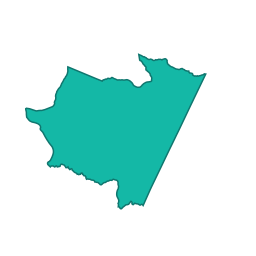 the district of São Geraldo do Araguaia, Pará, Brazil, rotated 160°
{"feature_id": "56859067B69966397982838", "entity_name": "São Geraldo do Araguaia", "entity_type": "district", "adm_level": 2, "iso_a3": "BRA", "parent_name": "Brazil", "parent_adm1": "Pará", "projection": "robinson", "projection_center": [-48.713, -6.168], "detail": "fine", "context": "isolated", "style": "filled", "palette": "teal", "viewbox_px": 256, "rotation_deg": 160, "n_neighbors": 0, "source": "geoboundaries", "source_scale": "gbopen_adm2", "svg_char_len": 4356}
<svg xmlns="http://www.w3.org/2000/svg" viewBox="0 0 256 256"><g transform="rotate(160 128 128)"><path d="M164.1,57.3L163.5,57.2L162.7,54.8L162.1,54.4L161.4,54.5L159.9,55.3L158.0,55.9L156.4,56.5L154.9,56.2L153.5,56.1L152.3,56.9L151.5,57.4L150.5,58.1L149.9,57.7L149.7,56.5L150.2,55.5L149.9,54.6L149.2,54.2L148.5,54.5L147.4,55.0L146.3,54.1L145.4,53.6L144.7,53.3L144.1,52.6L143.1,51.4L142.1,51.5L141.2,51.6L140.6,51.1L140.3,50.0L128.3,62.4L126.2,64.5L113.5,76.9L110.4,79.9L103.8,86.4L95.4,94.6L93.0,96.9L89.9,99.9L86.1,103.6L85.3,104.4L80.5,109.0L60.6,128.6L57.6,131.5L55.8,133.3L52.4,136.6L36.5,152.1L37.8,152.8L39.1,152.2L39.7,152.4L40.3,152.5L41.2,152.5L42.2,152.5L43.3,152.7L44.5,152.7L45.1,153.4L45.8,153.2L46.9,153.9L47.6,153.9L48.3,154.7L49.1,155.7L48.8,156.6L49.0,157.3L50.0,158.0L51.3,158.7L51.6,159.6L51.4,160.7L52.6,161.1L54.1,162.1L54.7,162.7L55.1,163.5L56.1,164.4L56.8,165.4L58.1,165.6L59.2,165.4L60.1,165.5L60.7,165.9L62.1,166.7L62.9,167.2L65.1,169.7L65.7,170.3L66.4,170.7L67.4,172.1L67.8,172.9L68.4,173.8L68.8,175.0L68.6,176.9L68.1,178.2L68.6,179.6L69.4,180.4L70.2,180.5L71.9,180.6L72.8,180.4L73.3,180.9L74.0,181.4L74.9,181.7L75.8,182.1L76.5,182.0L77.9,182.2L78.6,182.7L79.6,182.4L80.7,182.6L81.5,183.2L82.0,184.1L83.2,185.0L84.2,185.0L85.1,185.3L85.7,185.9L86.6,186.9L86.8,187.6L87.5,188.3L88.5,189.5L89.2,189.6L90.4,191.2L91.1,191.9L91.8,192.5L92.7,193.4L93.8,187.8L93.5,187.1L92.5,186.3L92.0,183.9L91.9,182.9L91.2,181.5L91.0,180.5L90.4,179.7L90.4,178.4L91.0,177.4L91.2,176.3L90.6,175.8L90.5,175.0L90.1,174.4L89.3,173.1L88.7,171.4L89.0,170.0L88.5,167.9L88.6,166.7L89.4,165.1L89.6,164.3L90.4,163.9L92.5,164.2L94.5,164.7L95.8,164.7L98.0,164.3L100.0,163.5L100.7,163.0L101.9,162.5L102.6,162.3L103.3,162.4L105.2,163.0L106.3,163.9L107.8,165.5L108.3,166.5L108.4,167.5L108.8,169.2L109.9,171.3L110.8,172.4L111.8,173.3L112.6,173.8L115.5,174.4L117.1,175.3L118.8,175.7L119.7,176.2L121.5,176.7L123.1,178.3L124.2,179.2L125.3,180.6L125.9,181.0L127.2,180.6L128.2,180.6L129.8,181.6L131.8,181.2L132.6,181.7L133.6,181.4L134.8,181.7L136.2,180.9L140.8,185.0L163.6,206.0L164.0,205.1L164.7,203.2L165.0,202.0L166.5,199.7L167.8,198.3L169.2,197.4L170.0,196.5L170.9,196.1L172.2,195.0L172.9,194.2L174.9,192.6L175.5,192.1L175.9,191.5L176.7,190.7L177.3,190.0L178.3,189.4L179.0,189.1L179.9,188.6L180.9,187.8L182.5,186.5L183.0,185.6L183.6,185.0L184.1,184.5L184.6,183.8L185.2,182.7L185.3,181.6L186.2,179.6L187.8,178.1L188.4,177.3L188.5,176.3L189.1,175.4L190.2,174.5L191.5,173.9L199.6,173.7L203.1,174.0L204.1,174.4L205.8,174.9L206.8,175.1L207.6,175.2L208.3,175.4L208.9,175.8L213.8,179.7L216.7,181.3L217.5,181.1L217.8,180.1L217.9,178.9L218.2,177.3L218.9,175.3L219.5,172.8L218.5,169.6L217.9,168.3L217.0,167.3L216.2,166.5L213.4,164.7L212.3,163.8L211.0,162.6L210.6,162.0L209.9,160.8L209.7,159.8L209.9,158.4L210.6,157.6L210.9,156.4L209.5,153.1L208.8,148.1L208.1,144.4L207.8,143.4L207.4,141.5L207.0,140.1L205.7,136.3L205.6,134.3L205.7,132.9L206.0,131.7L206.6,130.2L207.6,128.7L209.3,126.7L211.9,124.2L213.6,123.4L214.5,123.4L215.6,122.6L215.8,121.8L215.8,120.9L215.3,120.3L215.1,119.5L214.6,118.7L214.3,118.0L213.7,118.4L213.1,118.5L212.1,118.2L211.1,117.8L210.7,117.0L210.1,116.4L208.6,117.0L208.0,116.8L207.8,115.6L207.1,115.4L206.2,115.6L205.5,115.2L204.9,115.3L204.1,116.3L203.4,116.8L202.4,116.6L201.8,115.9L200.7,115.1L200.5,114.3L200.1,113.5L199.9,112.0L198.5,111.5L197.7,112.0L197.5,110.3L196.9,108.8L196.0,108.9L195.3,109.2L194.6,108.5L194.8,107.2L194.2,106.7L194.1,105.9L193.2,104.4L192.7,104.0L192.2,103.4L191.6,102.7L191.6,101.9L190.8,101.8L190.4,101.1L188.6,100.8L188.2,101.5L187.4,101.2L186.7,101.5L186.3,100.7L186.5,99.9L186.0,99.3L185.8,98.3L184.5,97.5L184.3,96.8L184.6,95.2L184.5,94.0L183.6,94.0L182.9,93.6L182.1,93.2L181.0,92.7L180.5,91.9L179.8,91.4L178.9,91.0L178.1,90.5L177.6,89.6L177.7,88.7L176.9,88.3L176.4,87.9L175.8,87.5L175.1,87.2L174.6,86.8L174.3,86.0L173.9,85.3L173.5,84.3L172.7,83.8L171.7,84.0L170.6,84.5L169.1,84.9L168.4,84.6L167.5,84.6L166.4,85.0L165.5,85.1L164.3,84.8L163.1,85.1L162.3,84.9L161.7,84.6L161.0,84.3L160.3,84.7L159.4,84.9L158.6,84.3L157.8,83.6L157.1,83.2L156.5,82.8L155.9,81.7L155.9,80.4L156.3,79.4L156.7,78.1L156.7,77.0L156.9,76.1L158.1,74.1L159.2,73.2L160.4,71.5L161.0,70.3L161.5,69.0L161.7,67.4L161.4,64.6L161.4,63.3L162.0,61.8L162.7,60.9L163.2,60.4L163.1,59.4L164.1,57.3Z" fill="#14b8a6" stroke="#0f766e" stroke-width="1.5"/></g></svg>